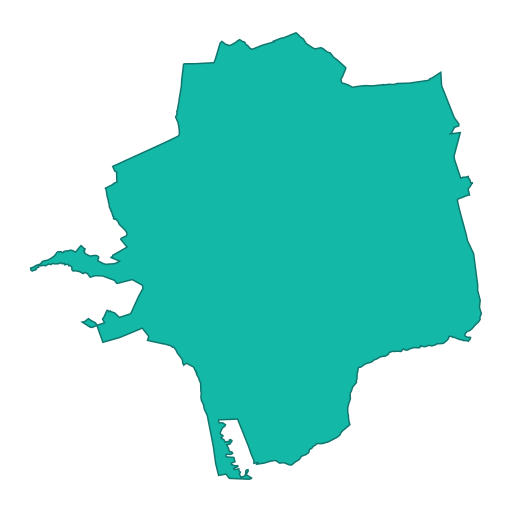 Mogosesti, Iasi, Romania (Natural Earth projection)
{"feature_id": "2599482B56891925911453", "entity_name": "Mogosesti", "entity_type": "district", "adm_level": 2, "iso_a3": "ROU", "parent_name": "Romania", "parent_adm1": "Iasi", "projection": "natural_earth1", "projection_center": [27.481, 47.029], "detail": "fine", "context": "isolated", "style": "filled", "palette": "teal", "viewbox_px": 512, "rotation_deg": 0, "n_neighbors": 0, "source": "geoboundaries", "source_scale": "gbopen_adm2", "svg_char_len": 5979}
<svg xmlns="http://www.w3.org/2000/svg" viewBox="0 0 512 512"><path d="M470.5,337.4L467.0,337.1L465.0,335.8L464.5,334.9L466.9,331.6L469.9,330.5L472.3,328.4L475.3,324.9L478.3,322.2L480.1,319.5L479.9,317.3L481.1,314.4L481.3,313.3L479.6,308.0L479.6,305.5L480.2,300.4L477.6,290.3L477.7,285.0L473.6,253.7L467.5,240.7L466.0,233.8L460.0,211.8L457.5,201.5L457.6,199.2L467.3,195.4L469.5,195.0L468.1,189.0L470.7,185.7L471.7,183.6L472.3,183.4L472.2,182.7L471.0,182.9L470.5,182.0L470.0,180.1L468.1,177.3L468.2,176.5L465.2,177.2L463.1,177.2L460.7,178.2L454.7,160.1L454.1,156.9L454.2,155.5L460.3,132.6L450.4,133.9L452.3,131.6L453.7,128.6L454.5,127.7L454.3,127.3L458.7,126.0L458.9,124.1L454.2,117.5L441.6,85.7L440.8,72.3L432.2,77.9L429.8,78.8L428.7,80.2L428.0,80.4L409.6,83.1L397.0,83.5L394.1,84.5L387.9,84.3L386.4,84.8L383.4,84.6L383.2,85.1L382.3,84.8L372.3,85.9L365.0,85.6L357.0,86.5L352.5,87.3L349.1,85.4L345.0,83.7L342.1,83.1L341.4,82.0L341.0,78.9L342.3,77.0L345.5,69.3L345.8,67.7L337.6,60.2L333.6,57.3L330.4,53.0L327.1,51.9L323.0,48.6L321.0,47.7L315.0,48.9L312.7,47.8L306.2,43.5L303.4,39.0L300.2,36.8L297.9,34.3L296.0,32.8L283.9,37.7L280.5,38.4L273.4,41.2L273.9,41.9L262.1,45.3L252.2,49.3L249.6,48.0L247.5,45.3L246.4,44.9L245.5,43.9L245.3,43.0L244.0,41.8L242.2,41.4L239.7,39.6L237.2,41.1L236.1,42.2L229.9,45.6L225.4,44.2L221.9,41.4L220.1,43.3L215.4,59.0L214.0,62.7L195.7,63.7L184.6,63.8L183.6,64.2L181.7,80.0L181.4,85.9L179.2,99.0L179.1,100.7L177.2,110.8L176.7,111.6L177.0,112.8L176.9,114.0L177.2,114.7L176.2,115.7L175.6,117.0L177.9,122.3L178.8,126.3L179.3,130.8L179.3,134.0L179.0,135.2L178.2,136.1L176.7,136.9L163.7,143.1L112.7,166.4L114.8,171.1L116.9,172.2L116.6,173.3L116.9,182.2L114.2,183.2L112.0,184.9L105.4,188.2L106.1,189.4L107.2,196.7L108.2,199.8L108.6,202.9L109.2,203.8L109.3,206.8L111.1,210.8L111.0,211.2L111.7,212.0L112.9,216.2L113.6,216.8L113.5,218.5L114.1,219.2L116.0,219.0L116.1,219.6L118.0,221.4L119.3,224.4L125.2,230.2L126.9,233.0L126.9,234.7L126.0,236.1L121.4,238.1L120.7,239.3L127.1,247.1L112.8,255.3L112.6,256.8L111.6,256.9L111.0,257.6L119.7,261.1L119.5,261.4L114.5,263.7L105.8,264.3L103.3,263.6L97.7,260.7L98.7,257.4L98.6,256.9L96.9,255.6L94.6,255.4L90.0,256.1L85.3,253.7L84.1,252.4L84.1,251.9L84.5,251.8L83.8,250.8L84.1,250.3L84.8,250.1L85.0,248.8L84.3,248.7L81.6,246.0L80.8,245.7L75.5,252.2L72.7,250.6L70.4,250.1L68.3,250.9L66.3,250.9L63.8,251.5L63.6,252.3L62.4,252.5L61.5,252.4L61.1,251.6L57.9,251.8L57.3,252.1L54.3,256.0L50.7,258.6L47.7,260.1L43.0,261.2L42.2,261.7L40.4,264.0L35.9,265.5L34.8,266.4L32.0,267.7L30.7,267.9L31.1,270.5L32.5,271.0L33.8,270.2L35.9,269.9L36.1,269.6L36.0,268.7L37.7,267.4L38.6,267.3L38.4,266.2L38.7,265.6L40.8,265.9L43.1,265.3L45.5,265.8L48.6,264.0L50.7,264.6L52.8,263.4L54.8,263.9L58.8,263.7L60.7,262.6L61.8,263.7L64.2,263.3L64.7,263.8L64.4,264.7L64.6,264.8L67.7,264.3L68.6,264.6L68.9,265.9L70.1,265.6L71.8,266.9L71.9,269.7L73.1,271.0L76.0,270.8L80.0,271.8L83.1,273.6L84.9,272.5L87.3,273.4L90.2,277.2L95.3,275.7L102.5,275.9L114.6,280.4L116.5,283.1L117.2,283.4L132.2,279.6L142.2,285.1L142.8,287.0L142.9,288.5L138.3,297.0L132.0,310.9L130.6,313.6L130.0,314.0L119.3,317.4L114.8,313.0L110.6,311.5L110.1,310.9L109.2,311.7L108.1,310.5L107.0,310.4L103.9,317.2L102.5,319.0L104.5,322.7L104.2,323.0L97.0,325.2L95.4,322.8L90.9,320.4L88.5,318.6L84.6,321.6L82.2,322.1L90.4,327.3L92.3,327.4L96.9,325.4L102.9,342.3L119.7,337.5L140.5,328.9L141.3,328.2L142.5,328.5L148.4,335.8L148.6,337.0L147.5,340.4L163.4,343.9L163.6,343.7L170.3,345.6L171.9,346.5L172.3,347.1L173.7,347.1L175.8,349.8L177.5,353.2L182.0,359.1L182.4,360.4L182.8,363.1L183.7,365.2L185.1,364.0L186.6,363.3L193.7,367.1L195.0,370.2L196.0,371.1L195.7,371.8L196.6,372.2L196.9,372.9L196.4,373.5L196.6,374.3L198.8,378.3L199.5,380.8L200.6,382.9L200.9,391.4L201.3,393.3L200.9,396.5L201.1,398.7L201.5,400.7L203.3,404.1L204.4,409.4L207.3,415.5L213.3,446.3L215.7,463.6L218.6,475.4L226.0,474.1L229.4,478.4L249.3,479.2L251.4,478.5L251.6,478.0L247.2,475.4L246.5,474.5L246.7,473.5L248.1,471.2L248.1,469.8L247.7,469.7L247.0,469.8L245.8,470.9L245.6,474.1L244.6,476.1L240.7,477.2L239.3,473.7L240.2,472.8L240.4,472.2L239.0,470.7L238.8,468.8L235.1,469.6L234.1,469.3L233.7,468.8L234.4,467.9L237.9,466.6L237.6,465.6L234.9,465.8L231.4,464.4L231.3,463.9L231.9,462.8L235.0,461.7L233.8,457.4L227.1,457.0L225.9,456.0L225.9,454.7L226.4,454.3L230.8,454.4L232.6,453.4L231.9,452.0L229.4,451.4L229.0,450.9L229.0,449.7L226.8,444.8L229.9,444.1L232.0,440.9L231.7,440.3L230.2,439.6L229.4,440.0L229.2,440.6L229.4,441.5L229.1,441.9L227.1,441.5L225.3,442.3L224.0,439.8L221.1,438.1L221.0,437.6L222.6,436.6L223.0,435.8L222.8,435.4L220.6,434.1L220.2,433.1L220.5,431.8L222.4,428.0L225.0,426.0L225.5,424.8L222.8,422.9L219.0,422.8L218.7,422.3L218.7,419.8L237.6,419.1L248.5,446.3L251.4,454.7L253.9,460.3L253.9,463.3L257.7,462.6L256.8,464.2L264.1,463.1L270.5,461.2L274.8,460.5L276.3,460.9L279.5,463.1L284.0,462.7L289.4,464.9L291.6,465.0L295.5,461.8L299.2,459.6L301.4,456.3L306.1,454.5L308.4,452.8L309.0,452.0L309.3,449.9L309.8,449.1L311.6,448.5L313.4,446.1L315.2,445.3L316.0,444.3L317.2,443.5L321.1,443.7L324.5,443.1L326.0,442.3L327.6,442.2L337.3,437.2L339.9,435.0L340.7,433.1L342.4,431.0L349.9,424.7L348.8,420.7L348.3,414.8L347.8,413.0L347.7,408.1L348.7,403.7L350.4,398.8L350.1,393.6L351.5,390.7L352.7,386.9L356.4,382.6L356.3,380.8L357.0,378.8L357.1,373.6L357.8,371.6L358.1,368.4L358.8,367.3L360.8,367.1L365.3,363.9L371.0,362.2L372.6,361.3L373.5,360.2L376.4,359.1L379.9,357.1L382.7,356.3L385.4,356.1L388.2,354.4L389.2,352.5L392.7,351.3L395.0,351.5L396.8,351.1L400.9,351.5L401.6,351.1L402.3,349.6L403.4,349.1L403.9,349.0L404.7,349.9L407.5,350.1L409.8,348.8L413.8,347.6L419.1,347.8L419.8,347.6L420.8,345.6L421.8,346.4L425.5,346.7L428.8,345.3L431.8,345.9L435.0,345.0L437.1,343.8L442.6,343.5L444.1,342.8L447.3,340.1L448.6,338.3L448.9,336.6L449.4,336.3L451.9,336.5L452.8,337.3L454.4,337.4L459.6,339.5L462.5,339.9L463.1,340.5L466.9,340.7L468.3,341.2L470.0,339.3L470.6,337.8L470.5,337.4Z" fill="#14b8a6" stroke="#0f766e" stroke-width="1.5"/></svg>